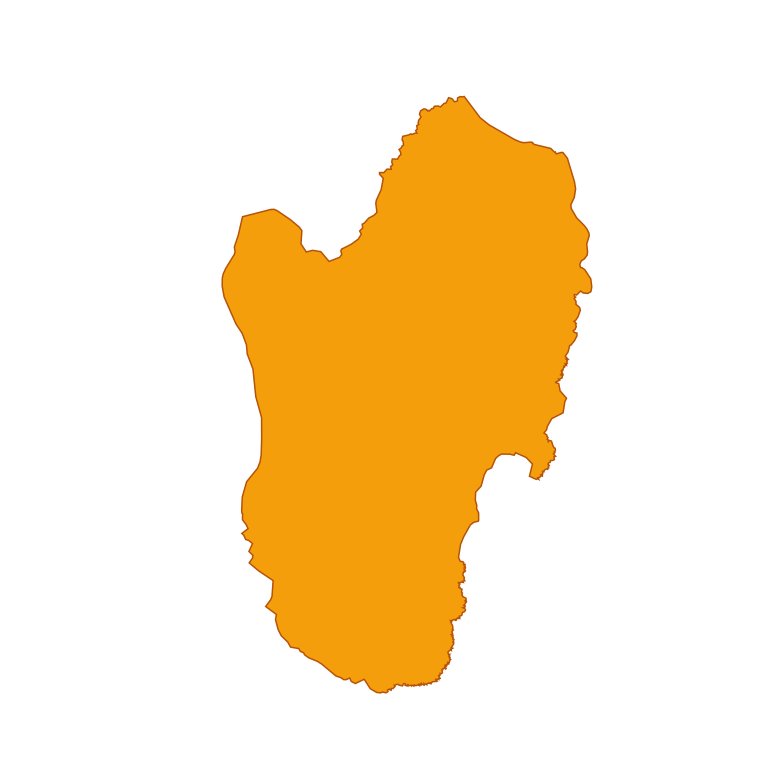 Khlong Khlung, Kamphaeng Phet, Thailand, rotated 286°
{"feature_id": "78962969B33766889028899", "entity_name": "Khlong Khlung", "entity_type": "district", "adm_level": 2, "iso_a3": "THA", "parent_name": "Thailand", "parent_adm1": "Kamphaeng Phet", "projection": "robinson", "projection_center": [99.623, 16.235], "detail": "fine", "context": "isolated", "style": "filled", "palette": "amber", "viewbox_px": 768, "rotation_deg": 286, "n_neighbors": 0, "source": "geoboundaries", "source_scale": "gbopen_adm2", "svg_char_len": 6130}
<svg xmlns="http://www.w3.org/2000/svg" viewBox="0 0 768 768"><g transform="rotate(286 384 384)"><path d="M682.5,381.8L681.6,380.3L681.3,378.0L679.3,375.9L676.2,376.5L674.7,374.0L677.0,370.7L677.0,367.2L671.3,366.2L670.0,364.2L666.0,362.0L666.1,359.2L664.8,355.8L662.5,355.5L662.0,354.1L658.7,352.1L659.3,350.8L658.6,350.3L659.7,348.7L659.5,346.5L656.7,343.9L653.2,343.7L650.7,346.0L647.1,344.6L644.1,344.9L643.0,345.9L641.4,344.2L638.3,345.7L636.3,344.6L634.2,346.5L633.5,344.3L631.7,342.5L631.8,340.7L630.3,339.2L627.2,333.7L623.6,334.1L622.4,335.6L618.8,336.9L618.0,335.9L615.6,335.4L613.6,333.8L611.6,335.9L609.1,337.1L607.9,336.0L603.9,335.0L602.6,330.0L599.7,330.2L597.0,331.9L594.8,330.4L592.4,331.7L591.4,327.7L587.2,325.6L586.0,321.4L584.4,321.9L581.5,326.6L570.0,327.7L558.7,326.0L555.5,326.3L547.0,329.9L543.3,327.8L539.3,323.6L533.4,320.8L531.5,319.0L528.1,320.5L524.3,318.4L521.9,320.9L516.3,319.4L509.3,314.0L501.8,305.9L499.9,305.9L496.9,307.7L493.6,306.5L486.7,297.4L493.8,286.7L492.8,278.5L489.5,272.9L495.8,265.6L508.7,262.8L511.3,259.6L516.1,248.9L521.2,233.4L521.6,230.2L520.6,227.1L505.8,201.9L486.7,202.9L474.4,202.4L470.0,204.4L467.3,204.4L451.5,200.0L445.4,199.1L441.2,199.4L433.4,201.5L423.5,206.4L401.0,225.1L393.5,233.8L383.9,240.9L375.1,244.3L362.3,253.9L336.6,264.2L317.9,275.6L297.7,281.5L281.9,285.5L274.9,286.3L268.2,285.7L252.2,278.9L236.4,278.9L223.3,282.0L220.7,283.0L220.4,283.8L214.5,285.4L210.7,290.4L207.5,293.2L201.2,288.5L199.9,291.0L196.4,293.9L196.4,296.8L194.4,301.6L185.8,300.3L183.1,305.2L180.5,305.6L174.9,303.7L169.8,315.1L164.5,331.6L148.9,334.9L145.3,334.5L137.5,331.6L132.8,344.1L127.7,344.6L118.8,349.9L113.7,354.6L109.4,362.6L105.3,366.7L106.2,375.0L103.9,377.3L103.5,380.8L101.8,382.3L100.0,387.3L99.1,396.1L97.6,401.4L90.1,418.2L89.8,423.6L88.7,426.7L89.3,429.0L91.9,432.1L89.0,434.6L88.2,439.0L94.7,446.4L87.3,454.8L85.5,462.0L86.2,466.0L87.4,467.3L87.7,471.0L89.4,472.6L90.7,471.7L92.2,473.1L91.5,474.2L92.3,474.6L92.0,475.3L93.4,475.1L93.7,476.5L96.3,478.0L97.3,476.9L98.6,479.0L99.2,480.4L98.6,481.6L98.9,485.0L101.2,485.3L101.8,486.5L101.0,487.7L100.3,487.3L100.1,488.9L100.8,489.5L100.4,490.1L101.5,490.1L101.0,491.2L102.0,493.6L101.4,493.8L102.4,494.7L101.8,496.0L103.1,496.3L102.8,497.9L104.8,500.0L104.0,500.3L104.5,500.9L104.1,501.4L105.3,501.4L105.8,501.8L105.3,502.3L106.2,502.5L105.3,503.0L105.9,503.5L105.6,505.5L106.8,505.2L106.3,505.8L107.2,506.8L106.7,508.1L107.6,508.0L108.6,508.9L108.9,511.6L109.4,511.2L109.3,511.9L111.1,512.5L112.5,516.2L113.5,515.6L113.4,516.6L114.4,515.5L114.6,516.7L115.7,517.6L115.3,518.2L116.5,518.1L116.6,518.9L118.8,516.9L119.5,518.1L121.3,517.7L121.3,518.9L122.4,519.7L125.5,518.5L125.7,519.3L126.5,519.1L127.5,520.2L127.2,521.3L128.1,520.8L128.0,521.8L128.8,521.2L129.9,521.7L129.9,520.2L130.5,520.1L131.2,521.9L132.1,521.7L132.4,522.7L133.6,522.2L133.3,523.0L134.1,522.7L134.1,523.5L136.9,523.4L137.4,524.0L138.3,522.7L139.4,522.8L139.7,521.6L140.8,522.1L141.5,520.8L142.2,521.4L142.0,520.6L143.7,519.3L146.6,520.9L146.4,522.1L147.4,521.5L148.9,522.8L148.9,521.3L153.1,522.6L155.0,522.2L154.8,521.5L157.8,521.6L157.9,520.3L159.6,520.3L160.0,519.1L161.0,519.7L161.7,517.8L162.5,519.0L164.6,517.5L166.6,518.4L167.0,517.2L168.0,517.6L170.7,516.5L172.2,514.8L173.7,514.6L173.7,513.9L174.4,514.3L175.0,513.2L175.5,514.9L176.8,515.9L177.3,517.5L176.4,517.7L176.6,518.4L178.9,518.9L179.3,520.9L179.8,520.2L180.3,521.3L181.5,520.4L183.0,522.5L186.0,522.4L187.3,524.2L189.3,524.6L190.7,523.3L190.7,521.6L192.0,523.3L193.4,523.0L193.3,521.7L197.3,523.3L197.8,523.1L197.3,522.3L198.0,521.6L199.2,522.4L200.6,521.9L201.4,518.5L202.9,516.9L204.6,517.0L205.2,515.9L208.3,515.5L208.4,513.5L209.5,513.1L209.1,512.1L211.1,511.6L212.2,512.1L213.3,510.3L214.0,510.9L213.3,511.5L214.9,513.1L215.1,514.9L216.1,514.0L217.1,515.9L218.6,514.6L219.9,514.7L222.2,512.4L225.4,512.2L226.0,512.9L225.7,513.4L226.8,513.8L228.0,512.1L228.3,512.8L230.0,512.9L230.8,512.4L230.3,511.7L232.9,511.7L232.3,510.2L234.1,510.0L234.9,508.8L234.6,506.1L238.0,503.4L251.0,501.8L259.0,502.7L272.3,505.8L275.9,508.5L278.1,512.5L279.3,512.5L286.1,510.5L289.6,507.4L293.0,506.6L297.5,503.8L305.3,501.9L312.6,505.5L324.3,505.4L329.6,506.5L333.0,510.5L343.1,511.8L346.1,513.5L349.0,516.2L351.2,524.2L351.4,528.8L354.2,529.4L352.6,540.9L347.9,548.8L335.4,549.2L334.3,556.7L335.3,557.7L335.0,558.9L336.4,557.7L337.0,559.4L339.0,560.1L339.1,561.6L340.0,561.2L340.2,560.1L341.0,561.4L343.7,560.6L343.6,561.9L345.4,561.9L347.1,563.5L347.2,564.9L348.3,564.7L348.8,565.4L349.3,564.9L351.4,565.3L351.7,563.9L353.5,563.9L354.6,565.4L356.2,565.1L357.4,567.9L358.5,568.6L360.8,567.4L361.8,568.9L363.5,566.1L365.1,567.2L365.8,566.3L367.0,567.2L369.4,566.3L369.6,565.1L371.0,563.6L375.3,560.7L375.3,558.2L374.0,557.8L375.7,557.0L376.0,556.0L377.8,556.4L378.7,554.9L379.9,554.6L380.9,551.3L384.8,552.9L388.2,552.7L397.0,554.8L405.7,564.1L416.8,562.7L420.6,563.4L425.9,555.2L432.6,551.8L432.7,548.7L433.7,548.9L435.9,551.8L436.9,550.7L436.9,551.5L439.1,553.5L441.2,553.2L441.4,552.3L441.9,553.6L442.9,553.3L442.6,551.7L444.2,552.1L445.2,551.0L445.8,551.9L446.4,551.3L446.8,552.1L450.5,552.1L450.2,552.9L452.1,553.0L452.2,554.1L453.4,552.7L453.5,554.1L454.5,554.5L455.5,553.4L457.0,553.9L458.1,552.2L458.6,554.0L460.7,550.6L465.4,552.1L472.2,551.9L473.0,553.0L478.3,555.2L483.3,556.2L486.1,555.5L486.1,552.5L487.4,551.2L489.0,552.6L492.1,553.0L494.3,551.8L495.1,552.2L496.7,549.4L497.6,550.5L502.1,552.0L509.0,552.4L511.5,550.9L513.5,546.6L516.3,545.8L518.7,543.2L520.3,544.3L520.7,542.9L522.4,542.3L522.7,544.7L527.5,547.3L526.4,550.5L527.2,554.8L529.7,557.4L531.7,557.3L534.8,556.9L542.0,553.8L549.1,545.7L550.4,542.2L550.2,540.8L552.7,539.3L556.6,539.6L559.6,542.2L564.1,543.8L567.3,543.2L574.3,540.3L583.1,540.4L585.4,539.5L588.9,536.4L591.6,532.7L596.8,523.4L604.3,515.6L607.9,514.2L615.7,515.5L624.4,514.4L630.8,511.4L651.5,498.1L655.8,492.3L655.6,490.8L652.7,486.1L654.3,484.7L653.9,483.9L656.4,479.3L655.7,462.9L656.2,460.6L657.0,460.4L657.1,458.8L654.5,451.9L654.2,448.8L654.9,442.5L661.9,414.0L666.4,403.1L682.5,381.8Z" fill="#f59e0b" stroke="#b45309" stroke-width="1.5"/></g></svg>